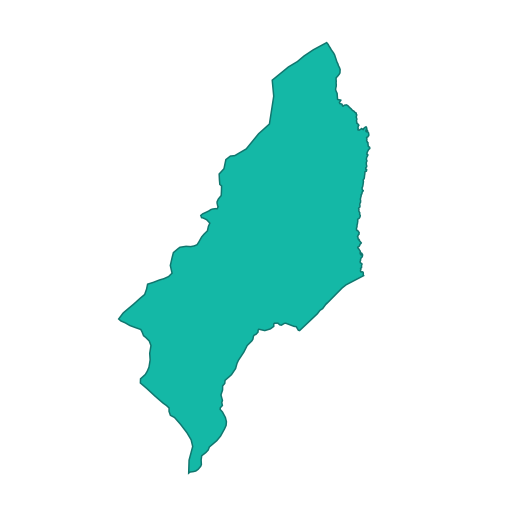 Ngaoundaye, Ouham-Pendé, Central African Republic, rotated 138°
{"feature_id": "33826404B95792566341641", "entity_name": "Ngaoundaye", "entity_type": "district", "adm_level": 2, "iso_a3": "CAF", "parent_name": "Central African Republic", "parent_adm1": "Ouham-Pendé", "projection": "albers", "projection_center": [15.477, 7.286], "detail": "fine", "context": "isolated", "style": "filled", "palette": "teal", "viewbox_px": 512, "rotation_deg": 138, "n_neighbors": 0, "source": "geoboundaries", "source_scale": "gbopen_adm2", "svg_char_len": 5869}
<svg xmlns="http://www.w3.org/2000/svg" viewBox="0 0 512 512"><g transform="rotate(138 256 256)"><path d="M228.5,341.6L232.2,337.1L235.0,333.4L234.7,331.1L238.2,327.4L241.4,324.2L243.6,323.9L246.0,323.5L248.7,322.3L249.5,321.4L251.1,318.6L251.1,317.9L253.3,317.1L254.3,318.2L256.8,319.9L258.5,320.7L260.7,321.0L263.5,321.8L267.4,323.0L269.9,323.1L270.8,320.9L270.0,319.9L269.2,318.0L268.4,316.0L268.3,311.3L271.5,309.9L275.3,307.2L280.1,307.0L283.7,306.5L289.0,304.7L292.2,303.8L295.3,304.9L298.3,306.7L301.5,310.0L306.7,313.4L309.0,313.6L315.1,313.8L319.2,311.1L326.0,306.3L329.9,299.4L334.7,299.2L339.7,300.8L343.8,302.8L349.9,305.1L355.4,307.6L359.5,304.6L364.5,301.9L369.9,302.1L379.5,302.1L384.5,302.3L391.1,302.5L393.0,302.5L400.2,301.1L399.9,298.2L397.9,293.8L396.3,288.8L393.8,284.0L390.8,278.5L391.5,275.7L392.9,272.0L392.4,269.1L392.2,264.2L394.0,259.7L400.1,254.8L404.2,249.6L409.9,245.0L414.0,243.1L417.6,242.0L424.0,242.0L426.9,239.0L425.8,230.7L424.8,219.3L423.5,208.9L422.6,204.9L422.3,201.2L424.6,198.7L426.2,194.9L424.6,190.5L424.7,181.7L425.6,170.7L427.2,162.8L430.5,156.8L442.3,149.1L451.3,139.7L449.6,139.6L447.0,137.8L444.6,136.5L441.8,136.2L437.9,136.7L436.1,137.6L433.3,141.1L430.0,143.9L424.9,143.5L421.4,143.8L418.4,145.3L408.8,145.0L402.8,145.9L395.0,148.6L391.6,150.1L388.9,152.6L386.8,156.5L385.3,162.5L385.3,166.0L384.1,167.1L381.0,167.4L379.5,170.0L377.6,171.1L375.0,176.2L370.5,178.8L367.7,181.8L364.5,182.2L362.2,184.3L353.7,184.2L346.5,186.0L342.0,188.9L338.7,190.3L329.4,192.7L322.4,195.4L315.9,195.7L313.9,196.3L311.6,198.1L310.1,198.4L308.6,197.8L305.4,198.1L304.1,199.5L302.9,199.7L299.4,194.7L294.1,192.2L289.9,191.8L288.3,193.6L287.3,193.7L284.7,191.5L284.4,188.9L283.4,187.6L280.1,187.0L278.9,186.2L274.8,178.2L273.4,176.6L274.2,172.5L273.5,171.4L249.1,172.0L244.8,172.8L241.7,172.3L235.5,173.6L235.5,173.3L213.3,174.6L208.3,174.3L189.2,169.4L189.2,169.8L189.0,170.1L188.5,170.6L187.6,171.7L187.4,172.0L187.3,172.5L187.4,172.9L187.8,173.3L188.1,173.6L188.5,173.7L188.6,174.0L188.7,174.3L188.6,174.5L188.3,175.1L187.9,175.4L187.5,175.6L187.0,175.9L186.9,176.1L186.9,176.5L186.6,176.8L186.4,176.9L185.6,176.7L185.4,176.7L184.7,177.4L184.1,178.2L183.9,178.4L183.0,178.8L182.6,179.1L182.5,179.7L183.0,181.1L182.4,182.2L181.2,182.8L180.9,183.3L179.9,183.8L179.5,184.1L178.9,184.3L177.6,184.3L176.1,185.4L175.8,186.0L175.6,187.6L175.9,187.8L176.2,187.6L176.3,186.6L176.5,186.3L176.9,186.3L177.2,186.4L177.1,187.8L176.6,188.6L175.7,189.3L175.3,189.7L175.2,190.9L174.9,192.1L174.9,193.6L174.7,194.3L174.2,194.5L173.4,194.2L173.0,194.2L172.0,194.4L171.0,195.1L169.6,195.1L169.0,195.3L168.9,197.3L168.8,199.0L168.7,199.3L168.5,199.5L168.4,199.5L168.7,200.3L168.5,200.6L168.0,201.3L167.8,201.7L167.7,201.8L167.6,202.5L167.4,202.6L166.6,202.8L166.2,203.1L165.7,203.3L164.7,203.3L164.3,203.9L163.6,204.5L163.6,205.6L163.4,206.8L163.5,207.1L163.9,207.4L163.9,208.0L163.6,208.4L162.8,209.4L161.8,209.9L161.0,210.5L160.1,211.5L159.2,212.0L156.8,214.0L156.6,214.5L156.0,215.1L155.2,215.2L154.3,215.0L153.2,215.2L151.9,215.9L151.3,216.5L151.2,217.2L151.1,217.7L150.0,218.6L149.5,220.7L148.5,221.5L148.1,222.5L147.5,222.9L146.4,222.8L145.6,223.3L145.3,223.5L144.7,224.6L143.7,225.5L142.3,226.0L141.1,227.3L140.4,228.5L139.7,228.9L138.5,229.8L138.1,230.0L137.6,230.3L136.7,231.3L136.1,231.2L135.3,231.6L134.4,232.5L133.7,232.5L132.7,232.7L132.5,233.0L132.7,233.8L132.6,234.4L131.3,235.9L130.7,236.0L129.7,236.6L128.9,237.3L128.1,237.9L127.4,238.6L126.5,239.2L126.0,240.1L125.3,240.9L123.9,241.1L122.6,242.1L121.9,242.8L120.2,244.2L119.5,244.9L119.3,245.1L118.8,245.6L118.6,245.6L118.4,245.6L117.3,245.2L117.2,245.2L116.0,246.0L116.0,246.4L116.0,246.5L116.4,246.6L116.5,246.7L116.5,246.8L116.1,247.4L115.7,247.8L115.6,248.0L115.3,248.2L114.3,248.2L114.1,248.3L113.5,248.7L113.4,248.9L113.0,249.9L112.5,250.4L111.8,251.4L111.5,251.7L111.2,251.9L110.6,252.0L110.0,252.4L109.8,252.6L109.6,253.0L109.4,253.9L109.2,254.1L108.9,254.4L107.6,255.3L106.1,255.8L105.2,256.2L105.2,256.8L105.6,257.2L105.2,257.8L104.7,258.1L104.2,258.6L103.2,259.0L101.0,259.8L99.7,259.7L99.2,260.0L98.8,260.9L99.1,261.9L99.1,262.6L98.4,263.4L97.7,264.6L97.2,264.9L96.9,265.4L97.2,266.1L96.8,266.6L96.7,267.6L95.4,268.6L94.9,269.5L94.6,270.0L93.9,270.0L93.4,269.7L92.5,270.0L91.7,270.0L90.7,271.0L90.5,271.5L90.0,272.1L90.0,273.5L89.4,274.1L89.3,274.7L89.7,275.2L90.0,275.2L90.6,274.3L90.8,274.4L90.9,274.9L90.8,275.2L90.4,275.7L89.7,276.0L88.7,276.0L88.2,277.1L87.8,277.6L87.8,278.1L87.8,278.4L89.1,278.7L90.8,278.7L91.7,278.2L92.0,278.6L91.9,279.2L92.2,279.6L92.3,280.1L93.2,280.1L93.9,280.3L94.8,280.3L95.1,280.7L95.6,281.1L95.8,281.4L95.4,282.0L94.6,282.5L94.4,283.0L94.0,283.5L93.3,283.9L93.1,284.2L92.6,284.2L92.1,284.3L91.9,285.2L92.0,286.3L92.3,287.2L92.1,287.6L91.6,287.8L90.9,289.3L89.7,290.0L89.3,290.5L88.9,291.3L88.8,291.8L88.6,292.1L88.2,292.5L87.6,292.8L87.1,293.1L86.9,293.5L86.6,293.7L86.7,294.1L86.5,294.5L86.0,295.0L85.9,295.5L86.0,295.8L86.2,296.1L86.4,296.8L86.3,297.6L86.3,298.0L86.4,298.5L86.7,299.0L86.8,299.6L86.9,300.6L86.8,301.5L86.9,302.4L87.0,302.8L87.0,303.1L87.0,303.7L87.1,304.3L87.1,305.8L87.3,306.7L87.6,307.7L88.6,308.4L89.6,309.0L90.5,309.0L91.1,309.1L91.2,309.5L91.1,310.0L90.6,311.1L90.6,311.5L91.7,313.2L91.5,313.7L91.3,314.3L89.9,314.7L89.2,314.8L88.7,315.0L88.9,315.5L89.9,316.7L90.6,317.8L86.9,322.6L86.3,324.6L85.6,326.3L84.4,327.4L82.9,328.4L81.7,329.6L80.7,331.0L79.4,332.2L78.4,333.6L77.2,334.8L75.0,335.0L72.6,335.4L71.1,335.9L68.7,338.3L67.9,340.2L67.4,342.3L66.6,343.9L66.1,345.8L65.4,347.5L64.6,349.2L63.9,350.9L63.1,352.6L62.6,354.5L62.3,356.7L62.1,358.9L61.6,360.8L61.3,363.0L60.8,364.9L60.7,367.3L75.4,370.9L86.5,372.5L95.2,372.8L105.4,374.8L126.3,375.8L135.9,362.9L157.7,345.1L172.3,345.1L191.6,342.1L204.6,344.8L208.2,347.4L213.9,347.8L221.4,342.3L228.5,341.6Z" fill="#14b8a6" stroke="#0f766e" stroke-width="1.5"/></g></svg>